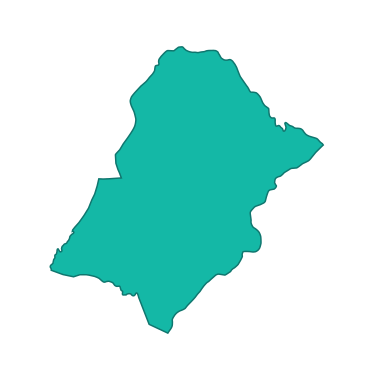 the district of Aramecina, Valle, Honduras, rotated 201°
{"feature_id": "27666195B66529854122091", "entity_name": "Aramecina", "entity_type": "district", "adm_level": 2, "iso_a3": "HND", "parent_name": "Honduras", "parent_adm1": "Valle", "projection": "robinson", "projection_center": [-87.695, 13.733], "detail": "fine", "context": "isolated", "style": "filled", "palette": "teal", "viewbox_px": 384, "rotation_deg": 201, "n_neighbors": 0, "source": "geoboundaries", "source_scale": "gbopen_adm2", "svg_char_len": 6005}
<svg xmlns="http://www.w3.org/2000/svg" viewBox="0 0 384 384"><g transform="rotate(201 192 192)"><path d="M295.4,68.5L282.8,68.7L272.2,70.4L267.0,74.6L263.9,75.8L261.0,76.9L258.3,77.5L252.7,78.3L249.9,78.3L247.8,78.1L244.1,76.7L243.0,76.4L242.2,76.3L241.6,76.4L241.1,76.6L239.7,77.8L238.1,78.7L237.5,78.9L235.9,79.0L234.3,79.0L233.5,78.9L232.4,78.3L230.8,77.2L230.1,77.0L229.5,76.9L228.9,76.9L228.3,77.0L226.2,78.0L225.8,78.1L225.6,78.0L225.0,77.5L224.2,76.3L222.9,74.8L221.2,74.4L220.9,73.8L220.7,72.7L220.4,71.8L220.0,71.3L219.4,71.2L216.7,72.3L216.5,72.5L216.3,73.1L215.7,73.7L214.8,74.3L213.8,74.7L213.2,74.9L212.6,74.8L212.2,74.7L211.6,74.3L210.5,74.0L209.8,74.0L209.3,74.2L208.8,74.6L208.5,75.2L208.2,76.1L208.2,77.0L208.0,77.4L207.7,77.8L207.2,77.9L206.7,77.7L206.1,77.2L204.7,75.5L204.0,74.5L184.6,53.1L164.0,51.6L163.7,53.1L162.8,56.6L162.6,57.8L162.5,59.1L162.6,60.1L162.9,61.4L163.7,63.7L164.6,65.5L164.7,66.2L164.7,67.0L164.5,68.5L164.0,70.9L163.5,72.3L163.1,73.3L162.7,74.0L161.7,75.5L160.8,76.6L159.2,78.0L158.1,79.1L157.0,80.4L156.6,81.1L156.0,83.1L155.5,84.6L152.3,92.2L151.3,94.9L150.3,98.5L148.9,102.1L148.1,105.6L147.3,108.5L146.5,110.7L145.8,112.4L145.4,113.1L144.4,114.4L143.0,117.3L140.4,122.3L140.0,123.0L139.4,123.7L138.5,124.5L137.4,125.0L131.7,126.2L131.3,126.4L130.4,127.5L127.6,131.4L127.4,132.0L127.2,133.3L126.9,133.9L126.4,134.9L125.1,136.6L124.3,138.1L123.5,139.7L123.0,140.9L122.2,145.5L121.9,148.8L121.9,149.6L122.0,150.1L122.7,151.4L122.9,152.3L123.0,153.8L123.0,154.2L122.8,154.5L122.4,154.9L121.7,155.3L119.7,156.1L117.0,157.0L114.1,157.7L113.2,158.0L112.2,158.5L111.2,159.1L110.4,160.0L109.6,161.2L109.1,162.4L108.8,163.7L108.8,165.2L108.9,166.4L109.2,168.7L109.6,169.9L110.5,172.1L111.5,174.3L112.1,175.4L113.0,176.5L113.9,177.5L114.8,178.3L115.7,178.9L116.9,179.5L118.5,180.1L120.0,180.5L121.5,180.8L122.4,181.1L123.4,181.8L124.7,183.0L125.5,184.0L126.0,184.7L126.3,185.5L126.8,187.0L129.9,192.7L130.3,193.9L130.3,194.5L130.2,195.2L129.6,197.1L128.6,199.7L128.2,200.6L127.0,201.9L123.7,204.7L121.2,207.4L120.8,208.0L120.5,208.7L120.3,209.3L120.3,210.0L120.8,214.0L121.0,217.6L121.0,219.3L120.9,220.3L120.5,221.2L119.8,222.0L116.3,224.2L115.6,225.6L115.4,226.3L115.3,226.9L115.3,227.6L115.5,228.1L116.3,228.6L117.6,229.7L118.1,230.1L118.2,230.3L118.6,231.7L118.9,233.2L118.9,234.2L118.6,235.1L118.0,236.0L117.2,236.9L116.6,237.4L115.6,238.1L114.9,238.8L113.8,240.8L112.8,243.2L108.4,249.0L108.0,249.4L107.2,249.9L103.3,251.8L102.7,252.2L101.6,253.7L98.9,258.1L96.2,260.9L94.5,262.8L93.9,263.9L93.3,265.3L92.2,268.7L91.1,272.1L90.7,273.3L87.5,280.4L86.3,282.9L87.6,283.8L89.8,284.4L91.1,285.0L93.4,286.2L94.6,286.6L96.0,286.6L100.9,286.2L102.7,286.1L104.2,286.2L105.4,286.4L106.2,286.6L107.3,287.1L109.0,288.1L110.7,289.3L111.7,289.7L112.4,289.9L113.2,290.0L114.1,289.9L115.7,289.5L117.7,288.8L118.8,288.6L119.3,288.6L119.9,288.7L120.7,289.0L122.0,289.2L124.8,289.1L127.4,290.0L128.9,290.4L129.4,290.4L129.7,290.2L129.8,289.9L129.9,289.6L129.8,289.2L129.6,288.9L127.9,286.8L127.5,286.2L127.3,285.6L127.1,284.4L127.2,283.0L127.3,282.4L127.7,281.9L128.2,281.7L128.6,281.7L130.3,283.6L132.3,284.2L133.2,284.8L134.2,285.2L134.6,285.2L135.0,285.1L136.4,283.9L136.8,283.7L137.1,283.7L137.8,284.2L138.5,285.2L139.4,286.9L140.2,289.2L140.6,289.9L141.1,290.4L141.4,290.5L141.8,290.6L143.2,290.0L144.2,289.7L144.6,289.7L145.7,290.1L146.9,290.9L147.5,291.8L148.5,293.5L149.9,296.6L150.2,297.1L150.4,297.4L151.2,297.7L154.7,298.6L155.7,299.1L157.0,300.0L158.1,300.8L161.4,304.2L162.5,305.2L164.3,306.3L166.1,307.2L167.5,307.6L168.7,307.5L170.2,307.2L172.2,306.5L172.8,306.3L173.3,306.4L174.0,306.8L174.7,307.3L176.2,308.7L177.7,309.9L179.2,310.8L188.0,316.8L189.0,317.7L191.9,320.8L194.2,323.4L195.0,324.3L197.7,326.6L201.0,328.7L202.6,329.2L203.6,329.3L204.5,329.0L206.3,327.8L207.6,327.2L209.0,326.9L209.9,326.9L210.9,327.1L212.2,327.4L213.1,327.8L215.1,329.5L216.9,330.9L217.8,331.8L218.4,332.1L219.3,332.3L220.0,332.4L220.8,332.4L222.6,331.9L227.5,329.9L229.2,328.9L230.5,327.7L231.1,327.3L233.8,325.9L236.1,324.4L236.9,324.1L239.1,323.6L239.9,323.3L241.2,322.7L241.9,322.5L243.3,322.2L245.5,322.0L247.4,322.1L248.4,322.2L249.4,322.6L250.6,323.0L251.6,323.6L252.3,323.9L253.0,324.0L253.7,323.8L255.9,322.7L256.6,322.2L257.2,321.2L258.5,319.1L259.2,317.8L259.6,317.3L260.6,316.9L264.9,315.5L265.4,315.3L266.0,314.8L266.4,314.2L266.9,313.4L267.8,311.5L269.4,307.6L270.2,304.8L270.3,303.6L270.1,302.3L269.6,301.1L268.8,299.9L268.7,299.1L268.8,298.6L268.9,298.4L270.9,297.1L271.1,296.8L271.3,296.4L271.3,295.9L271.2,295.2L270.6,292.7L270.4,291.7L270.6,290.3L271.1,288.0L272.8,283.7L273.4,281.6L274.2,279.2L274.8,277.9L277.7,272.5L281.0,264.2L281.9,261.6L282.4,259.9L282.6,259.0L282.6,257.2L282.5,255.9L282.3,254.9L281.7,253.7L281.0,252.6L279.9,251.2L279.3,250.5L276.1,247.4L274.8,246.1L273.4,244.2L271.8,241.9L270.7,240.2L270.2,239.1L269.9,238.0L269.4,235.9L269.1,233.7L269.1,232.1L269.3,229.9L269.6,228.0L270.3,224.5L271.5,219.4L273.4,212.4L274.6,205.5L274.9,204.8L275.6,203.1L276.5,200.8L276.8,199.8L276.8,199.2L273.3,191.5L269.3,186.6L266.7,184.0L263.0,179.8L274.2,174.6L279.5,172.3L283.7,170.9L282.7,163.7L282.1,155.2L282.7,148.5L282.8,139.9L284.4,131.4L286.6,122.9L288.8,117.1L289.8,113.8L289.6,112.3L289.1,112.7L288.7,112.7L288.1,112.3L287.8,111.9L287.8,111.6L287.9,111.1L288.0,110.7L288.7,109.9L289.2,109.2L290.0,107.0L290.0,106.0L289.7,105.0L289.9,102.4L290.2,101.9L290.4,101.4L290.6,100.6L290.6,99.8L290.8,99.1L292.4,97.7L292.7,97.2L293.0,96.2L293.7,94.7L293.7,93.7L293.5,92.4L293.4,92.1L293.0,91.6L292.6,91.0L292.4,90.5L292.4,90.1L292.8,89.4L293.3,89.0L293.5,88.9L294.0,89.0L294.8,89.5L296.4,90.8L296.7,90.9L296.9,90.8L297.0,90.6L297.2,90.3L297.1,89.3L296.7,88.1L296.4,85.8L296.5,85.4L296.6,85.1L297.2,84.4L297.3,83.8L297.1,83.0L296.6,82.0L296.4,81.4L296.5,81.0L296.9,79.3L296.6,77.3L296.3,75.8L296.5,75.0L297.0,74.2L297.5,73.2L297.7,72.5L297.7,72.0L297.6,71.6L297.4,71.1L296.0,69.9L295.6,69.1L295.4,68.5Z" fill="#14b8a6" stroke="#0f766e" stroke-width="1.5"/></g></svg>